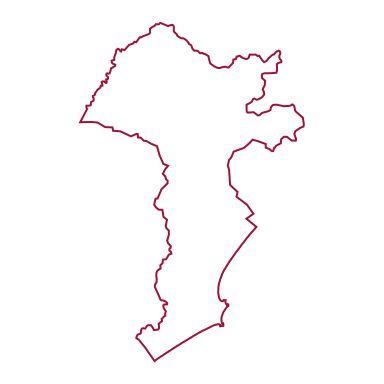 Castillos, Rocha, Uruguay
{"feature_id": "84410073B93691162353295", "entity_name": "Castillos", "entity_type": "district", "adm_level": 2, "iso_a3": "URY", "parent_name": "Uruguay", "parent_adm1": "Rocha", "projection": "albers", "projection_center": [-53.824, -34.08], "detail": "fine", "context": "isolated", "style": "outline", "palette": "rose", "viewbox_px": 384, "rotation_deg": 0, "n_neighbors": 0, "source": "geoboundaries", "source_scale": "gbopen_adm2", "svg_char_len": 5787}
<svg xmlns="http://www.w3.org/2000/svg" viewBox="0 0 384 384"><path d="M80.2,122.2L91.3,122.0L97.5,122.5L105.2,127.1L112.5,127.4L113.1,130.8L120.3,131.3L130.9,136.3L136.3,134.0L137.7,134.0L138.0,137.5L140.6,137.6L143.9,140.8L146.1,140.9L151.0,143.7L157.0,146.2L159.6,155.4L163.3,163.8L168.1,165.8L165.2,169.2L162.9,173.8L165.4,176.6L165.9,178.9L167.7,180.9L167.5,183.4L161.5,189.2L157.6,198.5L155.5,198.8L154.2,204.5L155.4,206.8L158.6,209.6L162.4,209.8L163.5,216.9L167.0,219.7L165.7,226.0L166.5,228.4L168.7,230.3L168.9,234.6L167.2,240.7L168.0,243.0L169.9,245.3L170.8,246.0L170.6,247.8L169.5,248.6L169.3,250.3L171.1,252.1L171.4,253.7L168.8,254.7L166.1,259.2L162.9,259.6L162.6,263.1L160.3,265.3L160.6,268.5L157.6,270.4L156.4,273.0L156.3,275.9L156.7,279.0L156.6,282.0L154.9,285.0L154.9,287.0L158.7,295.3L160.3,299.3L161.2,300.3L163.3,300.5L165.4,301.4L166.2,302.0L166.8,302.6L167.2,303.6L167.0,304.4L165.3,304.4L163.6,304.7L163.3,306.1L163.9,308.5L165.8,311.3L165.1,314.1L165.3,315.8L164.0,316.5L161.6,319.1L162.1,321.1L160.6,322.2L158.7,323.8L159.1,328.1L158.2,329.5L156.3,329.8L153.8,330.0L153.0,328.0L151.1,325.4L149.9,325.1L148.3,325.2L146.9,326.0L145.2,328.5L144.1,328.5L143.2,328.2L141.8,328.6L141.1,330.3L140.8,333.3L137.5,334.8L136.5,337.0L136.4,338.3L138.7,339.6L145.0,347.3L154.5,361.0L157.5,358.8L161.1,356.4L162.8,355.4L165.3,353.6L168.8,351.4L169.1,351.1L169.7,350.8L171.9,349.4L172.8,348.8L176.9,346.1L179.7,344.5L181.0,343.5L184.1,341.7L185.8,340.6L189.0,338.7L190.1,338.0L190.9,337.7L191.5,337.2L194.3,335.4L195.8,334.7L196.8,334.0L202.5,330.8L207.3,328.6L208.6,327.8L209.2,327.7L210.6,326.8L211.3,326.6L212.1,326.1L213.7,325.4L215.1,324.9L218.2,324.2L218.8,324.3L219.5,324.5L220.1,324.8L220.3,325.0L220.4,325.4L220.3,325.6L220.1,325.9L220.3,326.3L220.6,326.1L220.9,326.0L220.9,325.9L221.1,326.1L221.7,326.0L221.7,325.9L221.9,325.9L222.0,325.8L222.3,325.6L222.5,325.7L222.8,325.8L222.8,325.7L223.1,325.7L223.3,325.6L223.2,325.4L223.3,325.1L223.2,324.8L223.3,324.7L223.3,324.3L223.4,324.1L223.3,323.7L223.2,323.8L222.6,324.0L222.3,323.6L222.0,323.0L221.7,321.9L221.6,321.4L221.5,320.9L221.4,318.5L221.8,316.2L223.1,312.8L223.4,312.1L226.5,307.5L226.8,307.3L227.3,306.4L227.9,306.3L228.3,306.1L228.3,305.9L227.6,305.9L227.5,305.7L227.4,305.3L227.5,305.0L227.4,304.9L227.5,304.8L227.4,304.8L227.5,304.6L227.7,304.4L227.7,304.2L227.3,304.1L227.2,304.2L227.2,304.5L227.4,304.6L227.0,304.6L226.6,304.4L226.0,303.8L225.9,303.5L225.6,302.9L225.5,302.5L225.4,301.8L225.4,300.6L225.5,300.4L225.6,300.2L225.1,300.1L224.6,300.3L224.3,300.3L223.9,300.1L223.3,300.3L223.1,300.9L222.9,301.2L222.6,301.3L222.1,301.3L221.7,301.2L221.2,300.9L220.2,300.0L219.6,298.9L219.1,297.6L218.6,295.2L218.3,293.2L218.2,292.4L218.4,287.7L218.5,286.2L219.0,283.6L219.2,283.1L219.6,281.4L220.4,278.7L220.9,277.6L221.3,276.4L222.3,273.8L222.4,273.6L223.4,271.5L224.3,269.8L225.8,267.5L226.3,266.6L228.3,263.4L228.5,263.0L229.2,262.1L229.3,261.8L229.6,261.3L230.1,260.7L234.0,255.1L235.2,253.5L235.4,253.1L236.1,252.1L237.5,250.5L238.1,249.5L238.7,248.9L240.0,247.0L240.7,246.1L241.7,244.7L243.7,242.3L243.9,241.9L244.5,241.1L246.2,239.0L247.3,237.5L248.5,236.2L249.4,234.9L251.1,233.0L251.3,232.6L251.7,232.3L252.1,231.8L252.9,231.1L254.0,229.7L254.8,228.8L256.4,226.9L246.4,218.7L253.4,213.8L247.0,204.7L236.5,196.8L237.6,192.0L230.1,184.9L229.1,169.7L227.8,165.6L229.0,160.1L231.3,157.4L233.7,151.6L244.0,147.9L249.6,143.0L252.6,139.7L258.3,141.3L265.7,144.0L265.7,147.6L269.1,148.9L272.0,151.2L273.2,151.0L274.3,147.7L275.0,147.6L276.1,145.7L280.8,143.3L281.1,139.4L283.8,136.8L287.0,136.8L289.4,138.8L291.9,140.6L295.8,140.6L296.1,139.0L294.3,134.0L295.4,131.1L300.2,127.9L303.5,126.5L303.8,124.1L302.9,117.8L296.0,111.7L295.2,110.7L294.3,106.3L293.5,105.1L292.3,104.4L290.0,105.8L283.8,106.2L276.7,104.7L274.1,104.8L272.6,105.2L270.9,107.4L270.5,109.9L268.4,111.2L262.1,112.9L259.6,115.2L257.9,115.4L253.5,112.2L247.8,112.6L246.8,111.8L246.6,109.1L246.6,104.7L250.3,102.8L251.8,101.7L253.1,99.1L254.4,98.5L256.5,99.7L258.4,99.3L262.0,97.3L264.3,94.4L263.8,91.6L262.6,89.5L264.8,84.9L265.0,80.6L262.1,78.1L261.8,75.4L262.2,74.1L264.3,73.3L270.5,73.2L276.3,72.8L277.0,70.8L276.9,64.2L277.8,63.2L279.0,62.8L281.2,62.2L281.5,61.6L281.2,60.4L280.0,59.1L279.3,57.4L279.4,55.6L280.4,53.4L279.8,51.3L278.8,50.6L277.8,50.9L276.1,52.0L275.1,53.1L274.0,54.5L272.6,54.7L268.0,58.8L267.7,59.6L266.2,61.2L264.1,62.1L262.3,60.3L259.1,55.6L258.5,55.7L257.5,56.0L255.7,54.6L249.6,54.7L248.6,57.9L247.3,58.7L245.8,59.0L242.8,58.0L239.9,55.9L238.6,55.9L237.5,56.6L236.6,56.6L235.9,59.1L233.3,59.6L233.1,62.8L228.6,67.6L227.1,67.3L225.4,66.7L222.5,67.1L219.7,68.1L218.0,68.0L214.3,66.4L210.2,63.4L208.9,58.6L208.5,56.2L205.1,54.0L203.3,53.7L202.6,53.0L199.9,53.2L197.5,50.7L194.2,50.7L192.5,48.8L191.2,45.3L188.8,43.9L188.6,42.8L186.1,40.0L183.8,38.5L181.2,38.1L179.3,37.3L177.4,35.9L176.9,34.5L173.8,31.5L173.8,26.3L172.4,24.8L170.4,25.2L168.1,26.1L161.4,23.3L160.1,23.0L159.0,24.2L157.4,24.4L155.9,24.1L154.7,25.8L152.3,27.0L150.0,28.8L150.1,32.7L148.8,34.1L143.6,36.0L141.0,37.4L139.7,37.3L136.2,42.2L134.4,41.8L133.0,43.6L129.1,44.9L124.6,50.0L121.8,49.3L121.2,51.5L120.5,51.3L119.0,49.3L117.9,48.8L116.4,50.0L115.7,53.4L114.3,56.9L114.3,59.9L111.6,60.7L111.7,62.2L112.6,63.6L115.3,64.7L115.1,66.0L113.2,67.2L111.0,68.4L110.3,71.5L109.6,73.4L108.4,73.7L107.1,73.3L106.2,74.4L106.5,75.8L108.0,77.2L108.0,78.4L107.6,79.2L106.1,79.4L106.1,80.1L106.7,81.5L106.6,82.7L105.7,82.9L104.9,82.3L104.2,81.4L102.6,81.4L101.6,82.0L102.5,85.1L102.4,85.7L100.9,85.7L100.5,86.7L100.2,87.7L97.3,90.0L95.1,93.3L95.0,94.4L94.4,95.3L92.9,95.9L92.9,97.0L93.7,98.3L93.7,99.4L93.5,100.7L92.4,101.4L91.4,101.7L90.9,102.3L90.8,105.0L89.8,105.6L86.4,105.7L86.4,107.5L87.1,109.0L80.2,122.2Z" fill="none" stroke="#9f1239" stroke-width="2"/></svg>